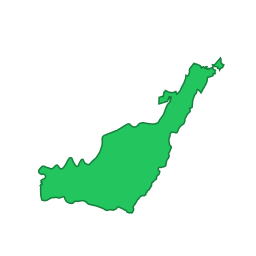 Quang Tri, Quảng Trị, Vietnam (Equal Earth projection), rotated 18°
{"feature_id": "81297802B92774803000720", "entity_name": "Quang Tri", "entity_type": "district", "adm_level": 2, "iso_a3": "VNM", "parent_name": "Vietnam", "parent_adm1": "Quảng Trị", "projection": "equal_earth", "projection_center": [107.145, 16.698], "detail": "fine", "context": "isolated", "style": "filled", "palette": "green", "viewbox_px": 256, "rotation_deg": 18, "n_neighbors": 0, "source": "geoboundaries", "source_scale": "gbopen_adm2", "svg_char_len": 5857}
<svg xmlns="http://www.w3.org/2000/svg" viewBox="0 0 256 256"><g transform="rotate(18 128 128)"><path d="M68.5,223.2L71.2,222.9L73.3,221.7L75.0,219.8L77.4,217.6L78.0,217.5L79.3,217.1L79.9,216.6L80.8,216.2L81.3,216.1L83.5,216.0L84.8,215.6L86.3,214.3L87.5,213.4L88.0,213.2L88.5,213.3L88.9,213.5L90.2,215.3L91.4,216.4L92.0,216.8L92.6,217.1L93.4,217.3L95.1,217.5L95.8,217.5L96.6,217.4L98.1,217.0L98.6,216.7L99.3,215.7L99.9,214.5L100.3,213.9L100.7,213.7L102.1,213.6L103.0,213.3L106.4,211.4L108.6,210.8L110.5,211.2L113.8,212.6L114.8,212.6L119.7,212.1L123.0,211.9L130.2,212.3L130.8,212.7L131.8,212.9L133.1,213.0L133.7,212.7L136.4,211.1L136.9,210.9L138.0,211.0L139.5,210.6L140.4,209.9L141.9,208.3L142.2,207.7L142.2,206.8L142.4,206.4L142.6,206.2L143.4,206.0L147.0,206.4L150.3,207.0L151.5,207.0L152.1,207.2L152.8,208.0L153.1,208.2L154.4,208.4L155.5,208.3L156.0,208.1L156.9,207.5L157.1,207.5L157.6,207.7L158.0,207.5L158.3,207.1L158.4,206.8L158.6,203.9L158.5,203.5L158.4,203.2L158.1,203.0L157.5,202.2L157.3,201.7L157.3,201.0L157.4,200.4L157.8,199.0L158.2,198.6L158.2,197.5L158.8,195.9L159.0,194.0L159.4,193.1L160.1,192.0L160.3,190.9L160.6,190.3L160.7,189.7L161.2,189.2L161.7,188.5L162.5,187.9L164.1,187.4L164.6,187.2L164.8,186.9L165.1,186.4L165.5,185.8L165.2,184.5L165.2,184.3L165.3,184.0L165.6,183.7L165.9,183.1L165.8,182.7L165.8,182.3L166.1,181.6L166.6,180.6L167.2,180.0L167.3,179.6L167.4,179.0L167.5,178.3L168.2,175.8L168.2,175.5L167.8,174.2L167.7,173.2L167.7,172.6L168.6,171.4L169.2,170.0L169.5,169.6L169.9,168.6L170.3,168.4L170.7,168.0L170.8,167.3L170.7,166.9L170.2,165.9L170.2,165.7L170.8,163.8L170.9,163.7L171.6,163.1L171.8,162.1L171.8,160.9L171.6,159.3L171.4,159.2L170.6,159.0L170.2,158.8L169.6,158.3L169.4,157.5L169.4,157.1L169.6,156.1L169.8,155.8L172.2,155.1L172.4,154.9L173.1,154.1L174.0,153.9L175.0,152.9L175.5,152.2L175.5,151.8L175.5,151.5L175.3,150.6L175.2,149.5L175.0,148.4L174.9,147.9L175.0,145.5L175.0,145.4L175.6,144.7L175.8,144.0L175.9,143.0L175.8,142.1L175.6,141.5L174.8,140.6L174.6,139.5L174.7,138.5L175.0,137.8L174.9,136.7L174.9,135.1L175.2,134.4L175.3,133.9L175.0,132.7L174.8,132.4L174.5,132.1L172.7,131.1L172.2,130.3L172.0,129.4L171.9,129.1L171.3,128.7L170.3,125.5L170.3,125.1L170.5,123.3L169.9,120.4L170.3,119.2L171.0,118.4L172.1,118.0L175.0,117.8L175.9,117.4L176.2,116.5L176.4,113.3L176.8,111.5L177.4,109.7L177.7,109.5L179.3,107.3L179.7,106.7L179.9,105.5L179.9,104.2L179.8,103.4L179.5,102.6L179.4,101.6L179.4,101.1L179.7,99.9L180.3,96.3L181.9,93.4L181.9,92.9L181.6,92.0L181.2,91.2L180.4,90.4L181.6,89.6L182.6,88.5L181.4,83.4L181.0,81.0L181.2,76.2L181.4,75.3L182.1,73.8L182.2,72.9L182.0,71.8L182.0,71.1L182.1,69.9L184.1,70.3L186.3,71.7L186.6,72.0L188.1,64.4L188.7,60.7L188.7,59.1L188.1,55.7L188.2,55.0L189.0,54.7L190.2,54.0L191.8,52.7L192.7,51.8L192.0,50.0L193.1,49.7L193.7,49.7L194.1,49.4L193.6,48.4L193.3,47.2L193.1,46.6L193.3,46.1L192.7,46.0L191.5,46.0L190.5,45.3L189.5,44.6L189.3,44.6L186.4,47.1L186.1,46.6L184.8,47.6L184.3,46.6L184.2,46.0L184.2,45.3L183.1,45.7L183.3,47.1L183.0,47.3L182.6,47.4L181.8,46.7L181.1,46.8L180.9,46.5L180.7,46.5L180.4,46.7L179.6,48.2L179.0,48.1L179.2,47.6L179.1,47.4L178.5,47.0L176.9,46.3L175.8,46.3L173.3,46.0L172.7,46.1L172.3,46.7L172.2,46.7L171.3,46.1L171.0,46.1L170.5,46.4L170.4,47.0L168.4,52.5L168.5,54.2L168.9,54.7L169.1,55.3L169.2,56.2L169.4,58.8L169.1,59.1L168.7,60.1L166.8,60.0L167.2,61.3L167.4,62.8L167.5,65.0L167.2,68.5L166.5,72.1L166.0,76.3L165.8,77.3L163.9,80.8L162.8,79.5L162.3,78.5L162.0,78.5L161.4,79.3L160.0,80.2L159.4,80.7L156.6,81.2L155.6,81.3L153.2,80.9L151.9,80.8L151.8,82.7L151.2,82.8L151.7,86.8L151.7,87.4L151.5,87.5L151.1,87.2L148.1,89.3L150.0,95.5L157.4,90.4L157.5,85.6L159.2,85.1L159.3,85.7L158.5,86.1L158.6,86.9L159.5,86.2L159.8,86.5L159.1,87.5L159.7,87.5L159.5,89.5L160.1,89.8L159.5,91.1L158.4,93.4L158.0,95.6L157.8,98.6L157.7,103.0L157.5,104.5L157.0,106.4L155.8,109.8L155.5,111.2L155.4,112.1L155.2,113.0L154.7,113.9L153.7,114.8L152.0,115.9L149.9,116.8L142.8,118.1L141.3,118.2L140.4,118.4L139.2,119.0L138.1,119.7L137.5,120.3L137.1,120.9L136.6,121.9L136.4,122.8L135.9,123.6L135.0,124.5L133.9,125.1L133.0,125.3L132.1,125.3L130.7,125.0L129.6,124.5L128.5,123.8L127.9,123.8L127.0,124.0L125.8,124.9L118.3,133.7L116.7,134.9L108.9,141.4L107.3,142.9L106.9,143.6L106.7,144.3L106.6,145.3L106.7,146.0L108.2,150.2L108.5,151.6L108.7,153.4L108.7,158.2L108.5,160.2L107.9,162.7L106.9,166.2L106.3,167.3L104.6,170.1L103.0,173.5L102.4,174.6L102.0,174.9L101.6,175.1L99.9,175.2L99.1,175.1L97.5,174.5L96.9,174.0L96.4,173.5L95.2,172.1L94.8,171.8L94.2,171.9L93.9,172.1L93.5,172.5L92.9,174.6L92.6,176.5L92.3,179.1L92.1,179.9L91.7,180.3L90.9,180.4L90.2,180.2L89.5,179.8L88.6,179.1L86.0,176.6L84.2,174.4L83.8,174.0L83.3,173.9L82.3,174.0L82.0,174.3L81.6,174.8L81.1,175.9L80.7,177.5L80.3,180.4L79.5,183.9L78.4,186.4L77.9,187.2L77.5,187.4L76.9,187.6L76.2,187.6L75.7,187.5L73.8,186.0L72.5,185.2L71.8,185.2L71.6,185.3L70.7,186.2L69.2,189.1L68.8,189.7L68.4,190.1L67.9,190.5L67.1,190.6L64.7,190.5L62.5,190.6L59.9,190.3L58.8,190.6L58.2,191.1L57.4,192.6L56.5,194.7L56.3,195.5L56.4,196.5L56.5,197.0L56.8,197.5L57.1,197.9L57.9,198.4L58.7,198.7L59.4,198.6L60.0,198.9L61.4,198.1L62.7,198.0L64.0,198.6L64.7,199.7L64.7,200.2L64.5,201.4L64.4,201.9L64.0,202.3L63.6,202.6L63.2,202.7L62.8,203.0L62.2,204.0L61.9,204.1L61.5,204.9L62.1,205.4L62.1,205.6L62.0,206.2L63.0,206.3L62.9,206.5L62.6,206.5L62.5,206.8L63.0,207.0L63.2,207.7L63.7,207.9L63.6,208.1L62.6,208.6L62.6,209.5L62.3,209.8L62.3,210.0L62.9,210.0L63.6,212.4L64.0,213.9L65.7,218.5L66.6,220.4L68.1,222.7L68.5,223.2ZM199.7,38.4L197.2,37.9L196.7,37.5L196.1,36.6L195.2,34.1L194.3,32.8L193.8,33.9L193.6,34.8L192.6,36.9L191.7,39.1L191.1,40.5L190.2,41.5L189.7,41.7L188.8,41.8L190.1,43.6L191.1,42.7L194.5,42.3L194.8,43.5L196.6,43.4L197.2,44.6L197.8,42.6L198.2,42.2L199.0,41.5L199.3,41.0L199.4,40.5L199.4,39.5L199.7,38.4Z" fill="#22c55e" stroke="#15803d" stroke-width="1.5"/></g></svg>